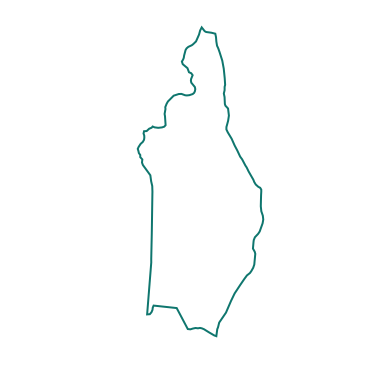 Querência do Norte, Paraná, Brazil, rotated 149°
{"feature_id": "56859067B64295279901958", "entity_name": "Querência do Norte", "entity_type": "district", "adm_level": 2, "iso_a3": "BRA", "parent_name": "Brazil", "parent_adm1": "Paraná", "projection": "orthographic", "projection_center": [-53.558, -23.06], "detail": "fine", "context": "isolated", "style": "outline", "palette": "teal", "viewbox_px": 384, "rotation_deg": 149, "n_neighbors": 0, "source": "geoboundaries", "source_scale": "gbopen_adm2", "svg_char_len": 2074}
<svg xmlns="http://www.w3.org/2000/svg" viewBox="0 0 384 384"><g transform="rotate(149 192 192)"><path d="M171.2,278.5L172.0,276.8L175.3,273.0L176.1,270.9L180.2,262.9L182.1,262.3L184.4,262.8L187.9,264.4L190.8,266.7L192.0,268.4L193.5,267.9L196.1,268.3L199.5,267.6L201.8,268.8L203.4,267.1L203.9,264.9L204.9,263.1L206.2,261.5L208.3,260.3L211.3,259.7L214.4,258.2L216.3,256.9L216.8,254.8L217.5,252.7L217.3,250.4L218.4,248.5L217.8,245.5L219.7,243.0L220.2,240.4L219.6,233.6L219.1,227.8L221.5,222.2L223.0,217.6L225.9,212.4L226.8,211.0L243.7,183.8L248.0,176.9L261.5,155.5L263.2,152.6L293.5,110.2L291.1,109.0L288.7,109.8L286.6,111.3L285.2,113.1L283.4,114.4L264.9,100.4L266.2,76.7L264.1,75.1L261.6,74.5L259.0,73.6L257.1,72.1L255.2,71.4L253.8,70.1L252.4,68.2L249.8,63.1L246.8,57.6L245.4,55.9L241.0,61.4L239.4,62.6L235.9,66.1L225.0,71.1L214.7,78.5L207.7,83.1L198.3,87.6L193.7,89.7L192.2,90.4L187.9,92.2L184.1,92.7L182.0,93.6L178.6,95.5L176.0,97.7L169.6,106.4L169.0,108.5L168.9,112.1L165.0,117.5L163.8,119.0L161.4,120.8L156.8,122.1L154.3,123.3L147.6,128.8L145.1,131.7L143.5,135.2L142.5,139.8L140.4,144.3L134.5,153.6L132.4,156.7L131.4,158.4L131.4,160.5L132.5,162.3L133.5,165.6L133.5,168.6L133.1,170.8L132.9,180.4L132.5,184.9L132.6,187.2L132.5,188.9L132.2,194.2L132.5,197.5L131.8,204.3L131.5,209.9L130.6,217.2L130.6,224.7L130.3,227.9L129.0,230.0L127.2,231.7L124.4,234.4L121.0,238.5L118.1,245.0L118.9,248.8L118.5,250.5L115.2,256.6L114.0,260.0L111.6,262.5L109.9,265.3L108.4,266.8L105.3,272.8L101.3,281.3L98.4,289.0L96.3,297.8L95.5,301.7L95.2,304.5L93.6,308.5L91.7,312.3L90.5,315.7L93.3,318.5L97.5,321.9L98.3,323.3L98.9,328.1L101.9,326.2L104.9,323.3L111.0,319.0L114.9,318.1L116.6,317.9L120.4,318.3L122.7,317.9L124.4,317.0L128.5,313.0L129.9,311.3L131.3,310.2L133.5,309.0L134.1,306.3L132.1,300.5L132.9,296.2L131.5,294.2L131.3,291.8L134.6,289.3L135.6,288.0L136.3,286.1L135.5,280.5L136.2,278.5L137.6,276.9L139.1,275.9L141.0,275.6L144.5,276.4L146.8,277.5L148.1,278.5L150.5,281.5L152.9,282.8L158.1,284.0L166.0,282.0L168.3,280.7L171.2,278.5Z" fill="none" stroke="#0f766e" stroke-width="2"/></g></svg>